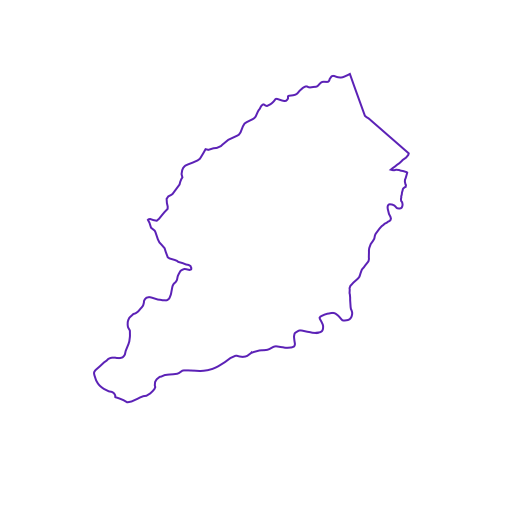 Delomel, Micoud, Saint Lucia, rotated 130°
{"feature_id": "8701671B54095148495441", "entity_name": "Delomel", "entity_type": "district", "adm_level": 2, "iso_a3": "LCA", "parent_name": "Saint Lucia", "parent_adm1": "Micoud", "projection": "orthographic", "projection_center": [-60.926, 13.804], "detail": "fine", "context": "isolated", "style": "outline", "palette": "violet", "viewbox_px": 512, "rotation_deg": 130, "n_neighbors": 0, "source": "geoboundaries", "source_scale": "gbopen_adm2", "svg_char_len": 6113}
<svg xmlns="http://www.w3.org/2000/svg" viewBox="0 0 512 512"><g transform="rotate(130 256 256)"><path d="M106.9,185.8L105.3,186.7L105.0,187.6L103.4,189.7L101.8,190.9L100.2,191.4L97.9,192.4L95.0,193.7L94.9,194.4L96.3,197.8L97.7,200.2L98.1,201.5L99.8,204.1L101.3,205.1L102.4,206.5L103.2,208.2L100.9,207.8L97.9,207.0L95.5,206.6L92.7,205.8L89.4,205.4L88.3,205.4L84.2,204.3L80.7,204.3L79.2,205.0L78.2,258.2L78.6,260.5L78.6,262.7L62.8,289.9L56.2,301.1L58.4,302.0L61.5,303.5L63.0,304.3L64.0,305.0L65.0,306.0L66.3,308.0L67.0,309.4L67.7,311.4L68.0,312.1L68.6,312.8L69.4,313.4L70.1,313.6L73.1,313.3L74.2,312.8L75.2,312.6L76.2,312.8L77.0,313.5L78.9,316.0L79.7,316.8L80.6,317.4L81.5,317.7L83.3,317.9L85.8,318.0L87.2,318.4L88.4,319.4L89.1,320.2L92.2,323.0L92.9,324.2L93.2,325.2L93.3,325.8L93.9,326.7L95.2,327.5L97.2,328.2L101.3,328.8L104.4,328.8L105.8,329.0L107.2,329.6L108.9,330.8L110.0,331.8L111.7,333.4L112.6,334.1L113.3,334.0L114.8,332.7L115.8,332.6L116.9,332.6L117.9,332.8L119.0,333.8L119.8,335.3L120.2,336.1L121.9,340.4L122.3,341.1L122.7,341.6L123.4,341.9L126.1,341.8L127.4,341.9L128.9,342.1L130.5,342.5L133.1,343.6L134.0,344.0L134.4,344.7L134.7,345.8L134.8,347.1L135.2,347.9L136.1,348.2L137.2,348.4L138.4,348.3L141.0,347.7L142.4,347.7L144.1,347.4L149.4,345.9L150.7,345.9L151.7,346.0L152.8,346.3L159.5,349.2L161.9,349.9L165.0,349.4L171.3,347.3L174.1,347.1L175.8,347.7L184.8,351.9L192.3,353.3L194.3,353.5L196.4,354.5L198.4,355.5L200.9,357.9L205.3,360.7L206.6,363.3L211.4,362.4L215.9,361.7L217.7,361.5L220.4,362.2L225.1,364.5L229.4,366.9L232.1,368.2L233.4,368.4L235.4,368.4L237.7,367.7L241.1,365.7L243.1,362.9L245.2,362.6L247.9,361.7L250.4,360.5L262.2,359.8L263.9,360.3L266.7,361.5L269.7,361.2L272.7,358.3L274.9,355.4L276.7,354.0L281.0,354.3L285.0,354.3L289.8,354.2L292.8,354.7L294.5,357.8L295.7,360.9L297.0,361.9L297.8,362.0L299.0,359.0L301.8,354.6L301.7,349.9L302.4,348.3L306.3,341.9L307.7,338.7L308.1,335.4L308.8,331.0L310.8,327.9L313.7,322.8L313.5,320.8L311.2,315.5L310.5,313.3L310.5,311.8L308.6,307.6L307.5,304.2L306.2,301.9L305.8,299.8L306.8,297.8L307.9,297.1L309.4,297.9L311.1,301.2L312.0,302.6L312.3,302.7L313.5,303.4L314.7,303.9L315.7,304.2L316.4,304.2L319.5,303.6L321.4,303.1L322.3,302.7L324.5,301.5L325.1,301.2L326.0,301.0L326.7,300.9L327.9,300.8L329.6,301.1L330.4,301.1L332.1,300.8L333.5,300.2L339.4,296.9L340.4,296.4L343.7,295.3L344.9,295.2L345.8,295.4L346.7,295.6L347.5,296.1L348.4,297.2L349.9,299.0L350.9,300.9L352.4,303.1L354.9,309.1L355.6,310.5L356.1,311.3L356.5,311.7L358.4,313.1L360.4,313.3L362.1,313.0L362.7,312.7L363.8,311.9L365.9,310.9L367.0,310.6L368.9,310.5L370.2,310.6L373.2,310.6L374.6,310.7L376.2,311.1L376.9,311.3L378.2,311.9L379.1,312.6L379.4,312.7L380.6,312.8L383.4,313.2L384.9,313.3L385.5,313.1L386.8,312.8L388.5,312.1L389.3,311.6L391.2,310.1L392.3,308.9L392.9,308.1L393.3,307.1L394.1,304.9L394.4,304.5L398.1,301.3L399.2,300.5L402.8,298.2L403.5,297.9L405.4,297.1L411.3,295.2L412.5,294.8L415.4,293.3L415.8,293.1L417.4,292.9L419.1,293.0L419.5,293.1L420.1,293.5L421.4,294.4L422.4,295.5L423.7,297.2L424.5,298.7L425.6,300.0L426.4,300.9L427.8,302.0L429.4,302.8L429.9,303.0L432.2,303.2L435.1,304.0L440.8,304.7L445.9,305.5L447.0,305.6L448.7,305.4L449.7,304.9L450.3,304.3L451.3,303.0L453.4,299.6L454.1,298.4L455.2,295.4L455.6,293.7L455.8,291.9L455.8,289.7L455.6,287.2L454.4,282.2L454.2,281.6L452.9,279.3L452.6,278.4L452.5,277.5L452.5,276.8L452.5,276.3L453.0,274.9L453.4,274.1L454.5,273.2L454.4,272.5L453.9,271.5L452.9,268.9L451.6,264.8L450.9,260.7L449.7,259.6L447.4,257.8L441.6,255.0L438.9,253.9L435.8,252.2L433.5,250.1L429.3,248.7L425.9,248.3L423.2,248.3L421.2,248.9L420.1,250.4L417.4,252.3L415.4,252.7L414.1,252.8L410.5,252.1L409.3,251.1L405.9,249.4L403.1,246.8L399.9,243.5L396.9,240.7L395.2,239.8L391.2,238.7L390.1,237.8L387.3,234.5L383.0,228.9L380.0,224.8L377.4,222.2L374.4,219.5L370.5,216.8L367.6,215.3L365.1,214.2L363.1,213.5L357.3,211.6L350.6,210.0L345.8,207.7L344.8,206.7L343.6,204.1L341.9,201.4L339.8,199.5L338.1,198.5L336.0,198.0L333.5,197.4L333.0,197.4L333.1,197.2L331.1,196.1L326.1,192.6L324.9,191.4L322.8,189.1L320.9,187.3L320.5,187.0L319.7,186.5L318.6,185.9L315.0,184.5L314.0,184.0L312.9,183.2L312.4,182.7L311.9,182.0L309.5,178.0L308.5,176.5L307.8,175.1L306.9,173.8L306.2,173.0L304.0,170.8L303.2,170.0L302.4,169.5L301.3,168.9L300.8,168.7L299.7,168.9L298.7,169.4L298.1,169.9L296.3,172.0L294.8,173.6L293.7,174.7L293.0,175.3L291.2,176.3L290.4,176.6L289.9,176.6L288.7,176.3L286.6,175.6L285.3,175.0L284.5,174.2L284.1,173.6L283.6,172.9L281.1,168.1L279.7,165.8L278.5,163.4L277.2,161.6L276.0,159.9L275.5,159.5L275.4,159.9L273.5,158.1L272.3,157.5L271.2,157.2L270.3,157.3L269.1,157.7L268.1,158.3L266.6,159.5L265.6,160.8L264.3,163.6L263.1,166.7L262.4,167.6L261.0,167.7L259.3,167.0L256.8,165.8L254.3,164.2L253.1,163.1L251.3,161.7L250.0,160.3L249.3,159.0L249.0,157.7L248.9,155.7L248.9,154.6L249.1,152.8L249.6,149.9L249.7,148.5L249.3,147.7L248.9,147.1L248.1,146.3L246.3,144.7L245.4,144.1L244.0,143.6L242.2,143.6L241.6,143.7L240.4,144.1L238.7,145.0L237.6,145.9L236.9,146.8L236.1,148.1L235.6,149.2L234.3,150.7L229.3,155.5L227.4,157.1L225.2,159.3L224.3,160.5L221.5,162.6L220.9,163.3L220.4,163.7L218.2,164.5L217.5,164.5L216.8,164.4L213.8,164.3L208.5,163.5L207.5,163.4L206.3,163.4L205.2,163.5L204.9,163.7L204.0,164.0L202.1,164.8L200.0,165.6L198.5,166.1L197.5,166.2L195.4,166.1L193.0,166.3L188.6,166.4L187.7,166.5L186.1,167.3L185.4,167.8L184.5,168.7L180.0,172.3L179.5,172.8L177.9,173.9L177.0,174.4L173.1,175.8L169.2,176.1L168.1,176.3L166.8,176.5L165.8,177.0L163.8,178.1L162.1,178.6L155.6,179.0L152.4,178.9L150.4,178.4L148.6,178.2L146.4,177.2L145.1,177.0L143.3,176.2L142.0,176.1L140.6,176.7L139.5,178.3L138.3,181.2L135.2,185.4L133.9,186.7L132.5,187.4L132.1,187.4L131.1,187.3L130.4,186.8L129.6,185.6L129.0,184.6L128.4,182.5L128.5,180.8L128.7,179.7L128.7,178.7L128.2,177.7L127.5,176.7L126.8,176.1L126.2,175.7L125.2,175.5L124.2,175.8L123.3,176.2L122.5,176.7L122.0,177.2L120.9,178.6L120.5,180.2L119.7,181.1L119.0,181.7L117.7,182.4L116.8,183.2L115.7,183.6L114.8,184.1L113.5,185.0L111.8,185.7L110.3,186.5L109.5,186.6L108.9,186.5L107.6,186.2L106.9,185.8Z" fill="none" stroke="#5b21b6" stroke-width="2"/></g></svg>